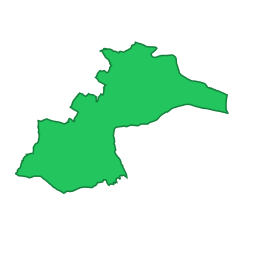 Spydeberg nor, Østfold, Norway, rotated 22°
{"feature_id": "86288312B44573726791656", "entity_name": "Spydeberg nor", "entity_type": "district", "adm_level": 2, "iso_a3": "NOR", "parent_name": "Norway", "parent_adm1": "Østfold", "projection": "natural_earth1", "projection_center": [11.037, 59.603], "detail": "fine", "context": "isolated", "style": "filled", "palette": "green", "viewbox_px": 256, "rotation_deg": 22, "n_neighbors": 0, "source": "geoboundaries", "source_scale": "gbopen_adm2", "svg_char_len": 5613}
<svg xmlns="http://www.w3.org/2000/svg" viewBox="0 0 256 256"><g transform="rotate(22 128 128)"><path d="M102.7,45.7L103.0,47.3L102.8,48.0L102.0,48.8L101.0,49.5L100.8,49.9L100.6,50.7L100.8,50.8L100.8,51.8L100.6,52.7L100.7,53.0L100.3,53.7L98.8,55.3L98.7,55.8L98.0,56.5L97.5,56.8L95.8,59.2L95.3,59.5L92.7,59.7L91.7,60.1L91.1,61.2L91.4,61.6L90.6,61.9L90.1,61.7L87.2,61.7L86.6,61.8L85.8,62.5L85.2,62.4L84.9,62.0L84.1,61.7L83.3,61.6L81.7,61.7L80.2,62.1L79.4,62.6L78.0,62.7L78.2,63.3L77.9,63.5L77.2,63.2L76.1,63.2L75.8,63.8L76.2,64.4L76.2,64.6L75.4,65.2L74.9,65.7L73.5,66.6L73.6,67.0L74.3,66.3L75.7,67.0L76.6,67.9L77.5,68.2L78.2,69.1L79.4,69.6L79.7,69.9L80.1,70.6L82.3,71.4L85.0,72.2L85.2,72.3L85.2,72.7L85.4,73.2L87.3,74.2L87.0,74.8L87.1,75.2L88.0,75.6L88.0,75.8L89.4,76.3L89.0,77.1L88.4,78.6L88.7,79.4L88.9,81.2L88.7,83.0L88.5,83.4L88.4,84.0L87.7,84.7L84.4,83.7L83.7,84.2L83.1,85.1L81.0,85.2L80.3,85.7L79.3,88.9L79.5,90.6L79.3,92.1L79.5,92.5L79.0,93.3L80.0,93.5L81.6,94.3L82.8,95.2L83.9,95.8L87.9,96.1L91.4,96.7L90.6,97.7L90.6,98.6L90.3,99.3L90.3,99.9L91.0,99.9L91.3,100.5L91.1,100.8L91.2,101.6L91.9,103.2L92.0,103.8L92.2,104.1L92.2,105.8L92.4,106.4L92.3,106.8L91.6,107.0L91.0,106.6L90.1,106.7L90.0,107.9L89.2,110.6L89.1,111.4L89.8,113.0L89.6,114.1L89.5,115.1L89.1,115.4L88.6,115.3L88.6,114.5L88.0,113.4L87.7,113.2L87.1,112.2L87.2,111.1L85.9,110.8L84.7,110.7L83.4,110.3L80.1,111.2L78.6,110.9L77.9,113.0L77.5,113.2L77.4,114.0L76.9,114.4L75.5,114.4L72.6,113.6L71.3,113.8L70.0,113.8L69.8,114.7L69.1,116.1L69.3,116.7L69.0,116.9L68.9,117.8L68.6,118.0L67.8,121.1L67.4,121.9L67.5,122.5L67.0,124.5L67.2,125.2L67.1,126.1L67.4,128.5L66.7,130.2L66.9,130.6L67.5,130.4L71.0,131.3L74.2,131.5L75.8,131.8L75.9,132.2L75.7,133.7L75.7,135.5L75.6,136.4L75.4,136.7L74.9,138.5L74.8,139.6L75.0,140.7L75.5,140.9L75.8,141.3L75.9,141.8L75.8,142.1L75.1,142.2L74.0,142.1L72.2,141.2L71.1,141.3L70.2,141.1L69.9,141.7L69.9,144.0L70.5,144.7L70.1,144.8L70.0,145.1L69.7,145.1L69.2,145.7L69.0,146.1L69.1,146.3L68.9,146.7L67.4,148.1L62.9,148.2L55.5,149.8L52.2,150.0L49.3,150.0L45.9,153.1L45.7,153.4L45.7,153.9L45.2,154.3L44.6,154.5L43.7,154.4L42.6,154.8L41.9,154.8L41.9,155.0L42.6,155.9L43.4,157.6L43.9,159.4L44.4,160.0L44.4,160.3L44.1,160.6L45.0,161.3L45.1,161.5L44.9,161.8L45.7,162.6L46.2,164.0L46.3,164.4L46.2,164.8L46.3,164.9L46.5,165.4L47.1,165.9L47.0,166.1L47.2,166.5L47.9,166.8L48.4,167.2L48.5,167.5L48.3,167.9L48.4,168.3L49.4,171.1L49.2,171.5L49.5,172.0L49.5,172.4L49.7,172.6L49.6,172.9L49.8,173.6L49.9,175.1L49.5,175.6L49.5,176.1L48.4,177.1L47.9,178.2L47.6,181.0L47.6,181.9L48.1,182.5L49.0,185.0L49.3,186.3L49.5,187.1L47.3,188.1L45.5,189.6L44.6,190.1L44.7,190.3L44.0,190.5L44.8,190.9L43.9,192.2L43.1,193.0L42.8,194.6L42.4,195.2L42.7,196.8L42.9,197.0L43.0,197.3L42.7,197.6L42.1,197.9L42.3,198.3L42.3,198.8L42.7,199.1L42.4,199.7L42.5,200.1L42.3,200.9L42.7,202.7L42.9,204.5L43.1,205.3L42.9,205.6L42.4,205.8L42.2,206.3L41.9,206.8L41.5,207.8L41.4,209.0L41.9,209.9L41.9,210.4L41.0,211.7L41.0,212.5L44.8,213.2L47.2,212.3L51.5,211.3L52.5,211.1L53.7,211.2L55.4,211.1L55.7,210.7L57.1,209.7L59.2,207.7L64.4,205.7L65.3,205.5L69.0,206.8L71.3,207.2L76.4,209.1L78.8,209.7L80.5,210.7L83.6,211.1L85.2,211.6L89.1,211.8L92.9,212.5L93.7,211.8L93.9,211.0L94.8,209.9L97.2,208.6L97.8,208.8L98.4,208.5L98.8,208.1L100.6,207.1L101.4,206.1L102.3,205.3L102.3,205.2L102.1,205.1L103.6,204.0L103.9,203.6L104.0,203.1L104.5,202.8L105.1,202.1L105.6,201.9L105.6,201.5L106.5,200.9L108.3,200.0L108.8,199.4L113.5,197.8L116.6,196.9L117.7,195.9L118.1,194.3L119.3,193.8L119.3,193.6L119.7,193.1L119.8,192.3L120.1,192.1L120.0,191.4L120.3,190.3L120.2,190.0L121.2,189.7L124.6,187.5L124.4,187.0L124.8,186.3L125.2,185.8L125.1,185.4L124.9,185.1L126.9,184.3L127.2,184.8L127.8,184.8L128.8,186.4L129.7,187.1L131.2,188.1L131.7,188.1L131.5,187.8L132.8,186.6L134.4,185.9L135.8,185.7L135.1,184.2L136.6,183.8L136.0,183.1L138.0,182.7L137.4,182.1L137.5,182.0L136.8,181.4L136.5,180.8L136.3,180.6L136.3,179.8L136.1,179.7L136.5,178.7L137.1,178.1L137.6,178.0L139.5,178.3L139.5,178.1L139.6,177.6L139.2,177.3L139.0,176.7L138.6,176.4L138.4,175.9L138.4,175.4L138.6,174.9L140.4,174.5L140.4,174.1L140.7,173.8L141.3,173.5L142.3,173.5L145.5,174.3L143.8,171.5L137.4,165.8L137.5,165.4L136.9,164.7L135.3,164.0L134.8,163.6L134.2,162.2L132.5,160.4L131.4,159.6L129.6,158.8L126.3,156.8L124.7,155.3L124.4,154.6L124.9,153.2L121.9,148.6L121.4,148.5L120.6,147.0L120.8,146.0L119.4,143.2L117.3,140.6L115.7,134.0L116.3,132.6L117.0,131.5L121.9,128.8L123.6,127.6L126.1,127.4L128.7,124.9L130.1,124.0L136.1,122.3L136.7,121.8L138.6,119.5L143.9,117.3L145.2,116.5L145.9,114.8L149.0,112.3L151.5,109.8L151.9,109.2L153.3,105.0L154.4,102.9L157.5,98.7L158.6,98.4L161.7,93.0L164.5,90.8L167.2,88.5L169.6,86.9L173.0,84.3L176.5,83.0L183.2,82.5L189.9,81.6L194.5,80.3L202.6,79.1L206.5,78.2L215.0,76.9L214.7,76.4L212.3,74.4L211.7,73.4L209.8,68.8L208.5,64.7L207.6,60.2L197.3,59.8L197.1,60.0L195.9,60.3L195.5,60.0L195.0,60.0L194.4,60.3L194.1,59.9L193.0,60.2L192.7,60.0L190.8,60.1L190.4,59.8L189.9,60.1L189.9,60.3L189.5,60.4L188.8,60.1L187.9,60.5L186.4,60.5L185.6,59.8L184.4,59.0L182.5,58.1L178.2,58.4L172.0,59.6L170.9,60.1L169.4,60.5L164.8,60.2L156.9,58.8L156.5,58.4L154.8,57.7L154.5,57.0L153.2,55.1L152.6,54.8L152.6,54.6L151.1,52.7L151.0,52.4L148.9,50.2L146.6,45.7L146.1,45.1L144.9,44.3L143.4,43.8L142.2,43.7L141.5,43.8L136.7,46.3L132.3,48.0L129.7,49.8L127.7,51.8L126.5,52.4L125.4,52.8L124.2,52.8L123.0,52.2L122.2,51.5L121.8,50.6L122.0,49.7L124.2,45.6L124.9,43.4L124.2,42.9L123.2,42.8L122.3,43.1L121.2,43.3L120.9,43.6L114.4,45.7L112.0,45.2L110.1,45.2L108.2,45.2L106.4,45.6L102.7,45.7Z" fill="#22c55e" stroke="#15803d" stroke-width="1.5"/></g></svg>